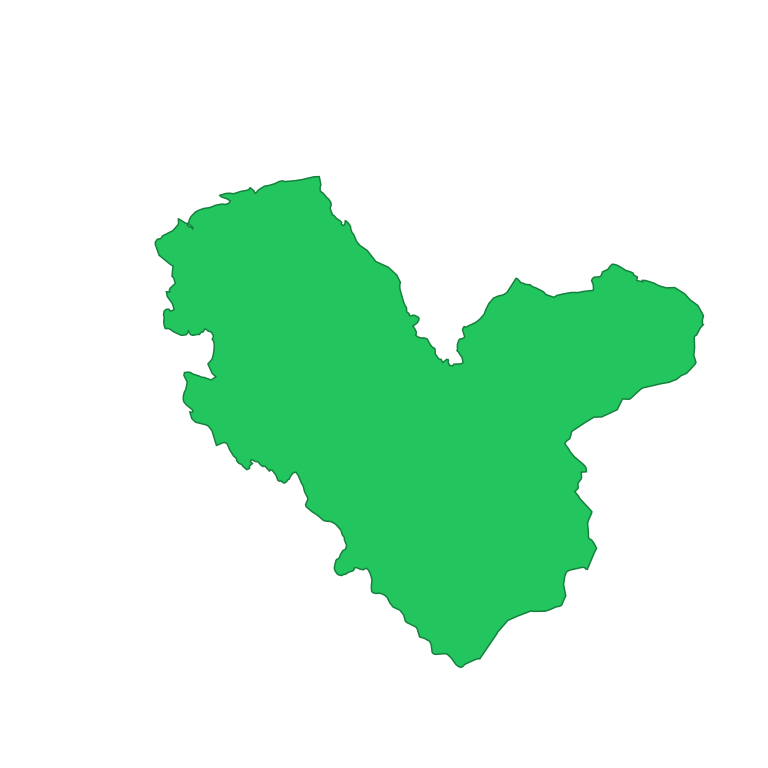 Vadu Motilor, Alba, Romania, rotated 27°
{"feature_id": "2599482B54784080645152", "entity_name": "Vadu Motilor", "entity_type": "district", "adm_level": 2, "iso_a3": "ROU", "parent_name": "Romania", "parent_adm1": "Alba", "projection": "natural_earth1", "projection_center": [22.956, 46.413], "detail": "fine", "context": "isolated", "style": "filled", "palette": "green", "viewbox_px": 768, "rotation_deg": 27, "n_neighbors": 0, "source": "geoboundaries", "source_scale": "gbopen_adm2", "svg_char_len": 6158}
<svg xmlns="http://www.w3.org/2000/svg" viewBox="0 0 768 768"><g transform="rotate(27 384 384)"><path d="M594.1,585.4L597.9,555.8L597.9,553.5L601.7,538.4L607.8,530.8L618.0,519.5L620.7,518.6L630.7,513.3L634.1,509.9L638.5,504.5L641.3,502.4L642.7,500.3L642.1,492.6L642.3,490.5L634.8,480.8L633.4,476.1L632.7,474.6L632.0,470.4L632.1,468.6L633.2,466.4L634.8,464.8L643.7,457.5L645.3,456.7L646.6,456.6L647.9,457.3L649.3,456.9L648.0,438.8L648.0,433.9L643.5,430.6L639.9,428.8L636.9,428.6L635.8,427.8L633.5,423.4L628.7,415.8L628.1,412.8L627.6,404.6L627.1,403.3L610.0,397.0L608.5,395.7L603.0,393.3L604.3,388.6L601.9,384.5L602.8,378.9L602.3,377.2L599.7,373.1L604.2,370.3L602.2,367.1L600.6,366.0L597.6,365.0L586.6,362.4L580.3,359.7L578.0,358.0L572.6,355.4L572.2,354.6L572.3,352.5L574.3,348.5L573.6,344.1L572.9,342.4L573.0,340.7L580.4,327.5L586.2,318.2L592.9,314.5L603.5,301.0L603.3,289.0L608.8,286.6L610.0,285.7L614.1,274.7L615.5,271.3L616.5,269.9L630.4,258.2L637.2,253.1L642.7,246.9L644.9,241.7L648.7,237.2L649.6,234.3L652.2,225.1L652.2,223.2L647.0,217.7L644.2,210.5L639.1,201.3L639.2,200.2L640.3,198.4L640.4,190.3L641.5,186.2L640.8,186.3L638.7,182.5L637.6,178.1L628.1,171.6L618.5,170.0L610.8,167.1L599.2,166.1L592.1,170.1L585.9,171.4L582.3,171.7L579.2,171.5L570.1,173.0L567.1,174.4L568.0,175.5L562.1,177.1L561.2,173.7L557.4,173.5L555.4,172.1L552.4,172.2L547.9,173.0L539.7,172.3L536.2,172.5L533.0,173.6L531.8,177.0L531.5,180.1L527.8,184.9L528.3,189.5L526.6,191.1L522.7,193.5L521.9,195.4L522.0,197.6L525.3,200.5L527.6,204.4L527.7,205.7L519.8,210.9L515.4,214.4L509.7,217.2L503.4,221.9L497.9,226.5L496.1,229.6L487.6,230.8L484.2,229.4L475.7,229.4L472.4,229.9L468.8,229.3L464.9,231.0L462.4,231.0L460.3,231.6L455.5,229.8L453.7,229.8L452.0,246.8L449.7,250.5L445.7,253.9L442.6,257.7L440.9,264.5L440.9,270.6L441.5,276.4L440.1,282.2L438.1,287.0L430.8,296.6L429.4,296.4L429.1,298.1L429.3,300.0L434.5,305.4L434.5,305.9L433.4,307.7L431.3,309.4L430.7,310.8L431.5,315.7L433.7,319.7L433.9,321.2L435.6,321.6L439.6,324.1L441.3,324.7L444.7,329.1L443.6,331.0L437.2,334.6L437.0,336.6L435.9,337.1L433.8,337.6L431.2,335.3L430.7,333.7L429.9,333.1L428.7,333.6L426.5,338.2L423.6,336.1L422.6,336.7L421.3,336.7L416.1,334.0L413.5,329.6L412.3,329.2L410.8,329.4L407.5,328.0L401.9,324.2L398.1,324.9L397.4,325.8L393.3,326.7L390.0,326.2L390.0,324.7L388.9,322.8L386.8,321.1L383.5,319.3L385.5,315.3L385.9,313.7L386.0,311.6L385.5,309.8L384.5,309.0L381.0,308.8L379.1,309.2L377.5,310.7L375.4,311.4L374.3,309.8L371.6,309.5L369.3,305.7L367.0,304.4L364.6,302.4L354.9,292.0L352.8,288.0L352.6,286.1L345.8,281.1L334.8,278.0L321.1,278.6L308.6,272.7L299.6,271.5L294.9,269.4L289.4,264.8L286.6,263.4L284.3,261.3L282.5,258.7L280.0,257.2L276.2,255.9L275.4,256.2L276.5,259.1L276.1,261.1L275.5,261.4L273.5,261.0L272.9,259.3L271.2,258.6L266.3,258.0L262.7,256.5L261.1,256.8L260.1,255.4L256.7,252.5L256.2,251.5L255.7,248.7L255.1,247.4L253.9,246.2L251.0,244.5L248.0,243.7L242.8,241.5L239.9,241.2L238.0,238.4L237.2,235.0L232.2,228.6L227.6,231.1L217.4,239.7L211.4,243.9L203.8,248.6L201.2,249.1L198.7,251.1L195.9,254.9L191.7,259.0L187.4,262.3L184.0,268.2L183.3,271.4L182.5,272.5L180.2,270.9L176.0,269.9L175.4,270.3L175.4,272.1L172.4,274.9L169.4,277.0L163.7,282.7L159.6,284.2L156.8,285.9L152.0,290.4L153.3,291.0L155.2,291.0L160.0,290.3L164.0,290.6L163.5,293.6L162.9,294.4L160.9,296.2L158.0,297.2L153.3,300.7L148.8,305.8L143.5,309.6L139.5,314.0L137.8,316.6L136.1,322.3L135.9,325.8L136.6,327.9L136.3,329.8L142.6,331.2L143.0,332.5L141.0,331.6L139.7,332.4L137.0,332.0L136.7,330.5L133.7,330.8L126.8,330.1L125.8,330.4L127.7,333.4L128.2,335.4L126.4,343.0L119.5,352.5L119.1,355.7L116.3,358.0L115.8,361.3L117.0,363.6L125.2,371.4L139.6,374.5L142.8,374.7L143.1,376.5L146.2,384.3L147.7,384.6L148.8,385.4L152.4,389.1L150.0,395.5L150.0,397.6L151.3,399.2L148.2,400.6L151.3,404.5L158.3,408.1L160.2,409.6L163.2,413.1L160.8,416.0L158.3,415.0L156.0,416.4L155.0,418.9L156.1,422.4L157.9,424.4L159.7,429.1L162.0,432.1L163.9,433.9L167.3,432.2L172.7,433.0L180.8,432.7L182.4,432.1L185.6,429.7L185.6,425.5L187.5,427.0L189.5,427.8L191.7,427.4L195.0,424.7L196.9,423.8L197.6,421.1L199.1,419.8L199.6,415.8L203.5,416.7L205.7,416.2L207.0,416.4L210.0,418.4L210.7,420.1L210.5,422.0L212.8,423.3L214.7,425.7L217.1,430.9L218.8,436.2L219.5,440.1L218.0,446.1L226.2,452.6L230.9,453.9L228.1,458.9L220.8,459.8L218.3,460.8L216.0,460.8L209.2,461.9L206.4,461.6L204.3,462.2L201.0,464.4L201.8,467.2L207.8,471.6L209.8,478.5L209.8,482.0L210.8,486.2L212.4,489.3L213.7,490.7L217.2,492.3L225.5,494.1L226.2,496.0L223.7,497.1L228.5,502.1L233.5,503.6L244.4,501.1L246.7,501.3L251.9,503.7L262.6,514.8L267.4,509.2L268.9,508.3L271.4,508.5L276.4,512.7L282.9,516.6L285.7,517.1L288.2,519.6L290.6,520.5L294.1,520.4L295.4,521.3L300.6,522.6L302.5,520.3L301.7,519.1L301.6,517.5L302.9,514.6L300.2,513.7L300.0,511.9L300.7,511.5L304.8,511.4L306.6,510.7L307.5,510.7L310.8,512.1L313.4,512.6L314.0,511.7L315.4,511.3L321.5,513.6L322.0,512.0L323.5,511.5L329.6,514.6L332.9,517.8L334.0,518.2L335.4,517.8L336.1,516.9L338.7,517.7L340.1,517.6L341.6,515.2L341.6,513.4L342.8,511.8L342.6,509.1L343.2,504.8L345.5,502.5L349.2,504.5L355.2,509.6L358.2,511.5L362.1,516.0L367.8,520.2L368.5,521.5L368.9,527.2L370.4,528.7L377.5,530.4L384.7,531.2L391.8,533.0L394.4,532.6L399.1,530.7L404.3,530.8L411.8,533.7L415.3,537.3L418.3,538.8L419.5,540.9L423.8,544.6L424.7,548.2L424.4,549.2L422.9,551.1L422.6,556.3L423.1,558.6L422.3,561.0L421.5,561.7L421.3,563.0L422.8,569.1L423.5,570.9L425.5,572.9L428.9,574.6L430.8,574.6L433.4,573.8L434.3,572.2L436.7,570.3L437.1,569.0L438.3,567.4L441.3,564.3L441.6,563.4L441.2,561.5L442.6,560.1L446.8,559.8L450.0,558.9L450.8,557.1L452.6,556.2L454.4,556.8L457.5,559.0L460.7,562.1L462.6,564.8L464.5,570.0L467.0,574.2L468.6,575.0L471.7,574.4L474.8,572.6L476.9,571.9L480.4,571.9L483.7,572.8L488.6,576.4L493.4,578.6L500.8,578.3L506.3,580.8L510.8,585.7L512.8,586.2L521.5,586.0L523.2,586.2L524.7,587.0L530.4,593.1L531.9,593.1L534.6,592.3L541.5,592.5L544.4,594.9L548.8,601.3L550.3,601.9L552.5,601.6L560.7,596.6L563.3,596.1L568.3,597.6L575.5,601.3L578.6,601.9L580.9,601.7L582.4,600.2L583.2,597.4L584.4,595.6L590.8,587.6L593.0,585.8L594.1,585.4Z" fill="#22c55e" stroke="#15803d" stroke-width="1.5"/></g></svg>